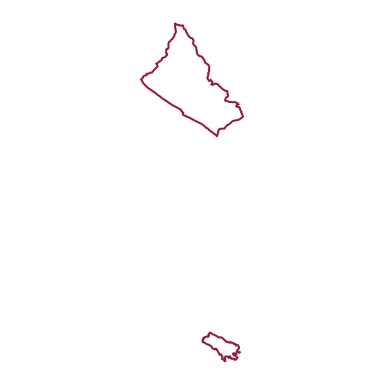 Bengkulu Utara, Bengkulu, Indonesia (Mercator projection)
{"feature_id": "22746128B39887218554518", "entity_name": "Bengkulu Utara", "entity_type": "district", "adm_level": 2, "iso_a3": "IDN", "parent_name": "Indonesia", "parent_adm1": "Bengkulu", "projection": "mercator", "projection_center": [102.208, -4.116], "detail": "fine", "context": "isolated", "style": "outline", "palette": "rose", "viewbox_px": 384, "rotation_deg": 0, "n_neighbors": 0, "source": "geoboundaries", "source_scale": "gbopen_adm2", "svg_char_len": 5793}
<svg xmlns="http://www.w3.org/2000/svg" viewBox="0 0 384 384"><path d="M242.9,116.8L242.8,116.6L242.5,114.9L241.1,112.2L241.3,111.6L241.3,111.2L240.2,110.0L239.9,108.1L239.1,107.2L237.8,106.9L237.1,106.8L236.7,106.6L236.3,106.1L236.5,105.5L237.5,104.8L237.4,104.8L237.4,104.7L237.2,104.3L237.3,103.6L237.5,103.3L235.4,102.2L234.7,102.1L233.4,102.3L230.9,102.0L230.1,102.1L228.4,101.6L227.4,101.1L225.3,100.7L225.1,100.4L225.1,99.9L225.9,97.9L226.3,97.6L226.6,97.3L227.5,96.7L228.0,96.3L228.1,96.0L227.7,94.1L227.4,93.5L227.3,91.5L227.0,91.0L226.2,90.8L224.8,90.6L223.7,89.6L222.7,89.2L222.2,88.8L221.4,88.0L220.6,86.9L219.5,86.4L218.9,85.8L218.2,84.7L217.4,84.3L217.0,83.9L216.6,83.8L216.1,83.9L215.3,83.6L212.9,84.7L212.1,84.8L211.4,84.5L212.5,82.4L210.7,80.0L210.2,80.7L209.2,80.9L208.2,79.6L207.4,78.1L207.4,77.8L207.7,76.9L208.1,75.4L208.6,74.6L208.5,74.0L208.2,73.5L208.1,73.1L208.4,72.6L209.1,71.6L209.3,70.7L209.3,70.3L208.8,69.7L208.9,69.1L209.3,68.0L209.3,67.0L208.7,65.5L208.4,65.0L207.6,64.3L206.2,63.4L205.5,62.9L205.2,62.5L204.7,61.7L204.7,60.8L204.6,60.4L203.6,59.2L203.3,58.4L202.3,57.7L202.2,57.0L201.4,56.5L200.2,56.2L199.3,55.9L198.1,55.1L197.2,54.0L196.8,52.3L196.9,51.6L196.7,50.9L196.2,47.9L196.0,47.2L195.7,46.7L194.0,45.1L193.4,44.3L193.1,43.3L193.2,42.5L193.4,41.6L193.5,40.7L193.3,40.0L193.0,39.4L192.7,38.8L192.1,38.3L191.0,38.1L190.5,37.8L189.6,37.0L187.8,34.9L187.7,34.2L187.1,33.5L186.6,32.5L186.2,32.0L186.0,30.8L185.7,30.1L185.5,29.9L184.0,28.8L183.6,28.0L183.2,26.1L182.8,25.6L182.7,25.4L181.6,25.7L181.0,25.7L179.3,25.0L178.5,25.2L177.9,25.1L175.7,24.0L174.8,23.0L175.0,23.7L175.0,24.3L175.3,24.7L175.0,26.4L175.2,27.6L175.7,29.2L175.6,30.6L176.0,31.2L176.0,31.7L175.1,33.9L174.8,34.2L174.5,34.5L174.4,35.4L174.1,36.6L173.0,37.7L172.4,38.8L172.1,39.2L171.5,39.5L170.5,40.8L169.2,41.8L168.8,42.7L168.4,43.8L168.6,45.0L168.4,46.7L168.5,47.3L168.4,47.8L168.1,48.4L167.9,48.8L167.6,49.0L167.1,48.9L166.5,49.1L166.2,49.7L166.3,51.3L166.1,51.7L166.1,52.8L166.2,53.0L166.8,53.5L167.1,54.6L167.0,55.1L166.7,55.4L166.1,55.7L165.8,56.5L165.5,56.6L165.1,57.0L163.9,57.6L162.6,57.8L162.3,58.6L161.7,59.7L160.6,60.8L159.9,61.3L158.9,61.8L158.2,62.6L156.3,63.7L156.8,64.4L157.6,65.9L157.6,66.4L155.1,68.9L152.9,71.3L152.2,72.4L150.4,72.7L148.7,73.6L146.6,73.8L146.5,75.2L144.8,75.5L143.9,76.0L143.4,76.4L143.1,77.2L142.6,77.8L142.1,78.8L141.1,79.5L143.6,83.6L144.3,84.2L144.6,84.7L145.0,85.0L145.7,85.9L147.1,87.2L149.7,89.1L151.5,90.2L152.3,91.0L155.8,93.2L156.7,94.1L158.3,95.4L160.1,96.5L161.2,97.5L163.5,99.2L165.0,100.2L166.1,100.7L168.6,102.7L169.8,103.3L170.7,104.0L172.9,105.4L179.7,109.0L181.3,110.1L181.5,111.4L182.9,112.4L183.2,112.8L182.8,114.3L183.2,114.9L186.6,116.5L187.8,116.9L191.5,118.8L194.0,120.2L201.3,123.8L203.8,125.5L205.5,127.0L205.6,127.5L206.5,128.0L207.9,128.5L208.7,129.7L212.6,132.5L213.2,133.1L215.1,134.4L216.9,136.1L217.4,135.2L218.0,132.6L218.7,130.1L219.2,129.3L219.4,129.2L220.0,129.1L220.6,128.8L221.1,128.7L223.4,128.7L224.4,128.6L224.7,128.4L224.9,128.0L224.9,127.7L225.6,126.8L227.3,125.1L229.7,123.9L231.5,122.0L232.6,121.2L233.6,120.7L234.9,120.6L237.1,120.1L238.3,119.9L240.8,118.5L242.9,116.8ZM211.9,333.8L211.3,333.1L210.7,332.7L210.4,332.7L209.8,332.9L209.4,333.5L209.2,333.6L209.1,333.9L208.8,333.9L208.4,334.5L208.5,335.2L208.6,335.3L208.8,335.3L208.9,335.5L208.7,336.2L208.5,336.6L208.3,336.6L208.0,336.5L207.7,336.7L207.0,336.5L206.9,336.6L206.4,336.6L205.9,336.7L204.9,337.1L204.5,337.4L203.6,337.8L203.3,338.3L203.4,338.5L203.6,338.7L203.4,338.8L203.5,339.3L203.3,339.5L202.9,339.5L202.5,339.9L202.5,340.7L202.7,341.4L202.6,341.7L202.7,342.0L203.4,342.3L203.6,342.1L204.3,342.4L205.7,343.5L205.8,343.6L207.0,344.3L208.0,344.4L209.0,345.0L209.3,345.0L209.5,345.3L210.2,345.7L210.3,345.7L211.6,346.4L211.6,346.8L211.9,347.6L212.4,348.3L213.5,348.7L213.7,348.9L214.1,348.9L214.7,349.4L214.9,349.4L215.2,348.8L215.5,348.7L215.8,348.8L216.0,349.0L216.2,348.9L216.6,349.1L216.7,349.4L216.7,349.6L216.9,350.0L217.8,351.3L218.3,352.3L218.7,352.8L219.0,353.4L219.1,353.7L219.4,354.1L219.7,354.7L220.6,354.3L220.8,354.3L221.5,354.8L221.5,355.2L221.7,355.9L222.4,356.6L222.5,356.8L222.1,357.9L222.0,358.8L223.4,359.5L223.8,359.9L224.2,360.6L224.6,360.6L224.8,360.7L224.9,361.0L225.3,360.9L225.3,359.9L224.7,359.1L225.0,358.8L225.0,358.6L224.7,357.9L225.0,357.1L225.9,356.4L227.0,356.5L227.5,356.9L228.2,357.1L228.4,357.5L228.6,357.7L229.0,357.2L229.3,356.4L229.7,356.2L230.4,357.0L230.5,358.1L231.0,358.5L231.3,358.3L231.5,358.5L232.2,358.8L232.4,358.8L232.6,358.6L232.9,358.7L233.1,358.6L233.6,358.8L234.1,358.8L234.2,359.1L235.0,359.9L235.3,359.9L235.5,359.8L235.7,359.6L236.6,358.8L236.5,358.4L236.9,358.2L237.3,357.9L237.3,357.3L237.0,357.2L235.9,356.1L235.3,355.7L234.3,355.2L234.1,355.3L234.0,355.0L233.6,354.6L233.0,354.2L233.1,353.7L233.3,353.4L233.8,353.2L234.1,353.2L234.6,353.5L234.9,353.9L235.1,354.1L236.4,353.9L236.4,353.7L236.6,353.5L236.5,352.2L236.7,351.7L236.9,351.5L237.1,350.5L237.2,350.3L237.8,349.8L238.0,349.7L238.4,349.1L238.7,348.9L239.0,347.9L238.9,347.7L239.0,347.3L238.8,346.6L238.1,345.4L237.0,345.0L236.7,345.0L236.4,344.9L236.2,345.1L236.1,344.6L235.7,344.4L235.5,344.2L235.0,344.2L235.0,344.4L234.8,344.4L234.6,344.3L234.6,344.2L234.3,343.5L234.0,343.4L233.7,343.7L233.4,343.6L233.1,343.2L232.6,342.9L232.0,342.8L231.4,342.4L230.9,342.6L230.5,342.2L230.2,342.5L229.4,342.6L229.0,342.6L228.4,342.3L228.0,341.8L226.5,341.8L225.6,341.4L225.4,340.6L224.9,340.4L223.8,339.3L223.1,338.8L222.8,338.4L222.1,337.9L221.6,337.8L221.1,337.4L220.4,337.2L220.0,337.2L219.3,337.5L218.7,337.4L218.2,337.2L216.6,336.0L215.4,335.5L215.0,335.2L213.9,334.7L213.0,334.4L211.9,333.8ZM239.8,352.1L238.9,352.0L238.7,352.3L238.8,352.4L239.4,352.7L239.9,352.3L239.8,352.1Z" fill="none" stroke="#9f1239" stroke-width="2"/></svg>